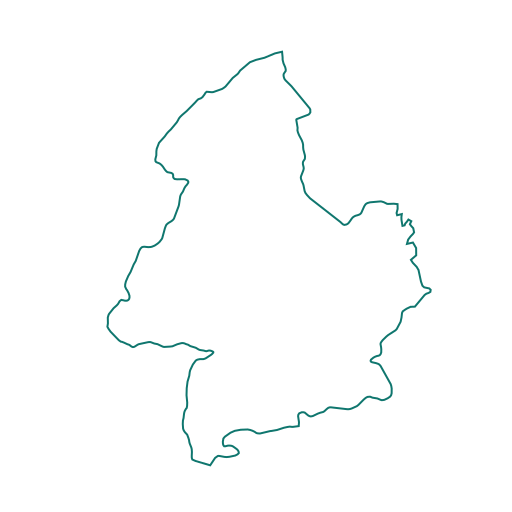 an SVG outline of Kalasin, rotated 256°
{"feature_id": "THA-439", "entity_name": "Kalasin", "entity_type": "Province", "adm_level": 1, "iso_a3": "THA", "parent_name": "Thailand", "parent_adm1": "", "projection": "albers", "projection_center": [103.592, 16.645], "detail": "fine", "context": "isolated", "style": "outline", "palette": "teal", "viewbox_px": 512, "rotation_deg": 256, "n_neighbors": 0, "source": "natural_earth", "source_scale": "10m", "svg_char_len": 5632}
<svg xmlns="http://www.w3.org/2000/svg" viewBox="0 0 512 512"><g transform="rotate(256 256 256)"><path d="M70.1,191.8L68.9,191.6L68.0,190.1L67.4,187.6L67.6,181.7L68.0,178.9L68.7,176.8L70.7,172.4L71.1,171.4L71.2,170.6L70.0,167.5L64.0,160.9L71.7,147.8L73.9,145.0L74.7,144.9L75.8,144.9L77.6,145.3L81.3,146.4L84.1,146.9L85.9,146.9L90.1,146.3L91.8,146.3L93.5,146.5L95.8,146.4L99.3,146.0L102.2,144.4L104.2,143.7L106.1,143.5L110.7,144.3L114.0,145.3L116.3,146.5L120.3,148.0L121.8,148.7L123.0,149.5L124.6,151.0L125.3,152.0L127.3,152.9L130.4,153.8L137.7,154.9L144.5,156.8L150.7,159.2L156.0,162.3L159.4,163.6L161.1,164.5L166.0,168.5L168.9,172.0L169.4,173.0L169.6,174.3L169.5,176.7L168.7,179.7L168.7,181.1L168.9,182.5L171.0,188.5L171.6,189.8L172.6,191.2L173.3,191.3L173.9,190.8L175.1,189.1L175.5,188.1L175.7,187.1L175.6,184.9L176.0,183.9L176.9,182.4L178.3,179.0L178.8,178.2L179.4,177.5L181.5,175.4L182.6,173.6L184.2,170.9L184.8,170.1L186.3,168.7L187.5,166.7L188.4,165.6L189.0,164.5L189.4,163.3L189.5,162.1L189.4,158.1L188.6,153.1L188.9,150.7L190.0,144.8L190.5,143.8L191.1,143.0L194.3,139.1L195.7,136.1L197.4,133.7L198.0,132.8L198.3,131.8L198.5,130.4L198.8,121.0L198.6,119.8L197.5,116.6L197.3,115.6L197.4,114.5L198.0,113.6L198.7,112.9L199.5,112.3L200.3,111.7L200.9,110.9L201.4,110.0L204.0,106.8L205.2,105.1L205.6,104.1L207.5,102.5L217.7,96.6L221.0,95.3L223.3,94.7L226.4,96.0L232.1,97.3L233.9,98.3L234.8,98.9L235.5,99.6L239.8,105.2L241.8,109.0L242.9,110.6L245.1,112.7L246.0,114.7L245.0,116.8L244.4,117.9L244.0,119.2L243.9,120.5L244.3,121.6L245.0,122.5L246.3,123.2L248.0,123.6L250.9,123.4L254.1,122.6L255.2,122.1L257.9,121.6L260.1,122.2L262.8,123.6L267.5,127.2L270.4,130.0L270.6,130.2L270.8,130.4L277.4,135.3L280.3,138.1L289.2,143.9L291.1,145.7L292.1,147.3L292.2,148.6L292.0,149.9L290.7,153.5L290.2,156.0L290.2,157.4L290.6,160.1L291.0,161.3L291.9,163.7L293.0,165.8L295.1,168.5L296.1,169.4L304.9,174.3L306.8,175.6L308.1,176.7L309.2,178.9L310.3,182.5L310.9,183.7L311.4,184.6L312.2,185.5L322.8,192.8L324.2,193.6L332.0,196.8L333.0,197.4L333.9,198.1L336.2,200.7L339.0,202.8L340.6,204.4L341.9,206.3L343.5,208.0L344.6,208.3L345.8,207.9L347.6,205.7L348.2,203.8L349.5,198.0L350.4,195.7L351.4,195.0L352.6,194.7L354.6,195.2L356.0,195.0L357.1,193.9L358.8,190.3L360.0,189.4L361.8,188.5L365.2,187.3L367.0,186.4L368.3,185.5L369.2,184.7L371.2,181.9L372.3,181.4L374.2,181.7L377.7,183.6L381.8,184.7L384.0,185.6L389.3,189.3L394.1,196.4L396.4,199.1L397.9,201.3L399.4,204.0L404.9,211.5L406.5,213.1L407.3,213.8L408.1,214.5L409.4,216.2L410.8,218.6L413.4,223.8L419.6,234.0L421.1,236.2L422.1,238.0L422.3,240.5L423.1,242.5L425.3,245.2L426.6,246.5L427.3,247.9L425.6,252.8L425.4,254.2L426.3,263.5L426.9,265.3L427.8,267.4L434.4,276.5L436.9,281.9L437.5,282.9L439.8,285.5L445.5,297.0L446.3,303.5L446.3,312.2L448.0,323.3L447.9,330.7L442.5,329.9L439.9,329.3L436.2,329.3L432.2,330.0L430.0,330.0L428.4,329.6L426.7,327.7L426.0,327.0L425.0,326.5L423.6,326.3L422.2,326.3L420.8,326.5L419.2,327.2L412.1,331.5L386.5,343.7L385.1,344.1L382.3,343.5L381.2,342.4L380.5,341.2L379.0,328.8L378.8,328.3L378.3,328.0L370.4,327.4L367.9,326.6L365.8,326.6L362.9,327.0L357.3,328.4L354.6,328.7L352.5,328.6L349.9,328.0L347.7,327.7L342.3,327.8L340.9,327.7L339.6,327.3L338.4,326.9L337.6,326.1L336.9,325.3L336.1,324.5L335.0,324.0L333.6,323.7L330.8,323.7L329.4,323.5L328.3,323.0L327.3,322.4L322.5,319.0L321.4,318.5L320.0,318.3L317.2,318.6L314.6,319.1L313.1,319.2L307.3,318.9L305.3,319.2L302.9,320.2L298.9,322.4L268.6,346.1L266.7,347.3L265.6,348.1L264.8,349.2L264.7,351.3L265.0,352.6L265.6,353.8L267.8,356.5L268.5,357.2L269.9,359.0L270.4,360.1L270.8,361.4L271.0,362.8L271.0,364.1L271.1,365.4L271.3,366.7L271.8,367.8L272.5,368.7L278.0,373.0L279.3,374.4L279.7,374.9L280.1,375.8L280.4,376.9L280.5,379.6L278.9,389.8L278.5,391.0L277.9,392.0L277.3,393.0L275.1,395.6L274.9,395.8L274.5,397.1L273.4,402.3L272.1,405.9L267.4,404.8L263.7,402.8L261.4,402.8L261.4,407.6L258.6,406.5L255.9,405.9L249.8,405.4L249.8,407.6L251.3,408.6L252.9,410.9L254.5,412.7L252.2,415.1L249.6,413.0L247.5,413.9L244.9,415.3L240.7,415.1L239.4,413.6L237.6,410.7L235.1,407.6L231.2,405.4L231.1,411.5L225.0,413.3L217.9,411.6L214.8,405.4L211.5,406.5L206.5,409.3L203.7,410.1L203.2,410.3L191.3,409.9L186.9,410.3L184.9,411.6L182.6,416.3L180.9,417.3L179.0,416.5L178.4,414.5L178.2,412.2L177.4,410.2L168.4,397.9L169.3,393.7L168.5,389.7L167.9,387.8L166.8,385.0L165.4,383.9L161.1,382.3L157.2,380.4L151.1,374.9L150.1,373.3L147.4,365.3L146.3,363.0L143.8,358.7L142.4,356.9L141.2,355.8L140.3,355.5L137.2,355.3L135.2,355.0L132.2,354.2L130.7,353.2L129.8,352.0L129.6,350.7L129.7,349.3L129.5,347.4L129.0,345.4L127.6,342.5L126.5,341.8L125.5,342.1L124.8,343.0L123.1,346.4L121.9,348.3L121.1,349.2L120.1,349.8L119.1,350.3L99.1,355.7L97.1,355.8L94.6,355.6L90.0,354.4L88.2,353.4L87.1,352.1L86.1,349.4L85.4,345.8L85.5,344.4L85.7,343.1L86.3,342.1L88.4,339.3L90.4,334.7L91.8,332.8L92.1,331.5L92.3,330.0L91.8,328.1L90.6,325.7L86.7,319.3L85.9,317.5L84.9,312.0L84.8,310.5L84.9,309.1L85.3,307.4L91.0,292.2L91.3,290.9L91.2,289.4L90.4,287.6L88.8,284.7L88.4,283.4L88.4,280.5L88.1,277.8L87.0,272.6L87.0,271.2L87.2,270.0L87.8,269.0L88.5,268.2L89.4,267.5L92.3,265.4L92.9,264.2L93.3,262.6L92.9,259.9L91.8,258.7L90.4,258.1L84.3,257.5L80.6,256.3L81.3,250.3L81.7,249.0L82.3,247.4L82.5,245.0L82.6,241.6L82.1,234.3L82.5,228.7L82.7,227.3L82.8,217.0L83.4,215.0L84.1,213.6L85.8,212.1L87.3,210.3L88.6,208.3L89.7,205.9L91.1,199.2L91.5,193.1L90.7,188.5L88.2,182.1L86.8,180.2L83.8,178.9L81.7,178.5L80.1,178.6L79.1,179.1L78.8,180.3L78.8,183.0L78.5,184.3L78.1,185.5L77.6,186.6L76.9,187.5L75.2,189.0L73.4,190.5L72.5,191.1L71.3,191.6L70.1,191.8Z" fill="none" stroke="#0f766e" stroke-width="2"/></g></svg>